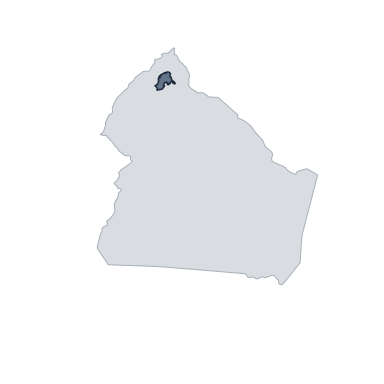 Batna highlighted on a map of Algeria, rotated 323°
{"feature_id": "DZA-2216", "entity_name": "Batna", "entity_type": "Province", "adm_level": 1, "iso_a3": "DZA", "parent_name": "Algeria", "parent_adm1": "", "projection": "equal_earth", "projection_center": [5.884, 35.34], "detail": "fine", "context": "in_parent", "style": "filled", "palette": "slate", "viewbox_px": 384, "rotation_deg": 323, "n_neighbors": 0, "source": "natural_earth", "source_scale": "10m", "svg_char_len": 6101}
<svg xmlns="http://www.w3.org/2000/svg" viewBox="0 0 384 384"><g transform="rotate(323 192 192)"><path d="M264.2,65.9L264.4,66.6L264.4,67.3L263.5,67.9L262.8,68.2L262.1,70.0L260.7,71.1L260.5,71.5L260.5,71.8L261.4,72.3L261.8,72.9L261.9,73.5L261.5,76.0L260.9,80.3L261.0,81.2L261.3,82.3L261.7,83.2L261.8,84.2L261.7,86.6L262.2,88.0L262.6,89.3L261.7,90.9L261.4,92.4L261.2,94.4L261.1,95.7L260.6,96.9L259.9,98.0L259.1,98.7L258.1,99.3L256.9,100.1L256.0,102.3L254.0,104.0L253.6,104.7L253.4,106.1L253.5,108.1L253.9,109.6L254.8,112.0L255.7,114.5L255.9,115.8L256.3,116.3L257.5,117.2L259.5,118.3L259.9,118.8L261.0,120.5L262.0,123.7L262.3,125.8L266.0,129.1L269.5,131.9L269.8,132.4L271.8,142.1L272.5,145.6L275.0,158.1L274.0,158.8L272.9,159.7L273.7,161.4L275.4,164.2L276.4,166.5L276.8,167.4L277.6,170.2L278.3,172.9L278.4,173.8L278.7,175.9L278.5,181.7L279.0,189.0L279.7,192.6L278.8,196.0L278.0,199.1L278.0,200.7L278.5,203.2L279.0,205.0L279.6,206.0L279.5,209.1L279.3,210.2L277.4,211.9L275.4,213.4L274.8,214.6L274.7,216.0L275.0,217.2L281.0,227.7L281.2,228.8L281.4,231.8L282.4,235.6L283.5,237.2L283.9,238.4L284.7,239.3L285.4,239.9L285.9,240.0L288.5,239.0L293.1,240.7L297.4,242.4L297.8,242.8L300.3,248.5L302.6,254.0L254.2,292.5L248.8,298.4L236.3,313.0L235.3,313.6L218.6,317.9L209.9,320.1L209.5,320.2L209.0,320.2L208.7,320.2L207.9,319.8L207.0,319.0L206.4,318.5L206.3,317.8L206.7,316.9L207.1,316.1L207.3,315.4L207.6,314.9L207.9,314.5L208.0,314.0L207.7,313.0L207.4,311.8L207.4,309.4L207.4,308.4L206.6,307.5L205.1,306.5L203.7,306.0L203.1,305.8L201.6,305.4L199.5,304.8L198.7,304.4L197.4,302.2L196.7,301.7L193.5,301.3L192.5,300.9L191.6,300.4L190.9,299.8L190.5,298.6L190.4,297.6L190.1,297.2L186.6,294.8L185.7,294.1L185.3,293.3L185.3,292.2L185.4,290.9L185.2,289.7L185.1,289.1L124.8,235.3L121.6,232.6L114.3,226.4L81.4,199.8L82.3,180.8L82.4,179.8L82.6,179.4L83.7,178.7L85.5,177.1L86.1,176.4L86.9,175.7L89.9,173.6L90.5,173.0L93.3,170.5L94.0,170.1L95.5,169.9L96.1,169.4L97.0,168.4L98.2,167.3L99.0,166.8L99.2,166.7L99.7,166.6L102.2,166.9L103.3,167.2L104.5,167.4L105.0,167.3L105.3,166.9L105.8,166.1L106.0,165.2L106.0,164.4L106.1,164.0L106.3,163.9L106.9,163.9L107.6,164.0L109.1,164.0L109.6,163.9L111.4,163.7L113.8,163.2L117.3,161.9L119.0,160.5L120.2,159.0L121.6,156.8L122.6,154.8L124.7,153.6L126.4,152.8L127.3,152.6L129.5,151.5L133.2,148.5L136.2,148.1L136.5,147.8L137.0,147.3L137.0,146.4L136.6,145.8L136.0,145.4L135.5,145.1L135.1,145.0L134.9,144.6L135.1,143.7L135.2,143.0L135.5,142.3L135.4,141.2L135.0,140.2L134.9,139.4L135.0,138.7L135.2,138.1L135.8,137.7L136.5,137.6L137.5,137.7L139.3,137.5L143.7,135.7L144.1,135.1L144.4,133.9L144.7,132.8L145.2,132.4L145.5,132.3L149.0,131.6L149.8,131.6L156.4,131.9L162.0,132.1L162.6,131.9L162.6,131.1L162.3,129.6L162.5,128.7L163.3,127.8L164.4,126.9L163.9,125.7L163.1,124.9L162.0,124.0L161.5,123.6L160.5,122.5L159.9,121.2L159.5,118.5L158.8,117.0L158.3,115.1L158.9,111.7L158.2,109.7L158.1,108.8L158.2,107.7L158.4,105.9L158.4,103.3L157.6,100.7L158.0,99.8L158.2,99.4L158.2,99.0L157.4,98.1L157.1,97.4L157.3,96.8L157.7,95.9L157.7,95.5L156.4,94.3L154.3,92.5L153.8,91.7L153.5,90.7L155.6,90.9L156.6,90.8L159.1,89.6L161.1,88.0L162.7,87.1L164.1,85.3L165.3,84.2L167.1,83.0L172.2,80.4L173.0,80.4L174.6,81.0L176.0,80.8L177.1,79.9L178.2,77.7L179.8,76.3L181.9,75.0L184.8,73.7L186.7,72.5L189.6,71.5L196.9,70.8L200.7,70.3L203.2,70.4L205.8,68.5L207.1,67.9L212.7,67.8L215.4,66.4L225.3,66.4L226.5,66.9L227.7,67.6L229.8,69.4L230.8,69.8L232.1,69.4L235.2,67.7L238.6,66.8L240.5,65.8L241.3,64.4L242.9,63.9L243.8,65.0L247.4,66.1L249.6,65.8L250.5,65.4L250.2,63.8L252.5,64.2L254.3,65.0L256.2,66.6L257.4,66.9L259.6,66.2L264.2,65.9Z" fill="#d9dde1" stroke="#a8b0b8" stroke-width="1"/><path d="M237.3,80.4L237.4,80.2L237.4,79.9L237.7,79.6L238.1,79.8L238.7,80.0L239.5,79.9L240.8,80.3L241.0,80.3L241.3,80.1L241.6,80.1L241.8,80.4L242.0,80.4L242.1,80.5L242.7,80.5L242.8,80.7L242.9,80.8L242.9,81.0L242.9,81.3L242.9,81.5L243.1,81.5L243.3,81.5L243.9,81.2L244.1,81.2L244.4,81.2L244.6,81.3L245.1,81.7L245.8,82.8L245.9,83.4L246.0,84.0L246.0,84.3L245.8,84.8L245.7,84.9L245.6,85.1L245.4,85.2L244.8,85.4L244.6,85.5L244.4,85.7L244.2,85.9L244.0,86.1L244.0,86.3L244.0,86.8L244.0,87.2L244.0,87.4L244.0,87.5L244.3,87.6L244.4,87.8L244.3,88.0L243.9,88.4L243.8,88.6L243.7,89.5L243.3,90.3L243.3,90.5L243.2,90.6L243.2,91.1L243.2,91.4L243.3,91.6L243.6,92.1L244.0,93.0L244.1,93.4L244.1,93.6L243.9,94.0L243.8,94.3L243.8,94.5L244.0,95.0L243.9,95.2L243.9,95.3L243.7,95.3L243.4,95.2L243.2,95.1L242.8,94.6L242.6,94.5L242.5,94.3L242.4,94.1L242.4,93.8L242.5,93.1L242.5,92.5L242.5,92.3L242.6,92.2L242.7,91.9L242.7,91.6L242.4,91.2L242.2,91.1L241.8,91.3L241.3,91.4L241.0,91.4L240.8,91.4L240.7,91.5L240.4,91.7L240.3,91.8L240.2,92.0L239.9,92.1L239.7,92.2L239.3,92.1L239.2,92.0L239.2,91.8L239.1,91.7L239.0,91.4L238.8,91.3L238.7,91.3L238.4,91.6L238.3,92.1L238.2,92.2L237.9,92.2L237.7,92.1L237.6,91.9L237.3,91.7L237.2,91.5L237.2,91.2L237.4,90.8L237.4,90.6L237.3,90.1L237.4,89.9L237.9,89.5L238.0,89.3L238.0,89.2L237.9,89.0L237.8,88.9L237.6,88.9L236.7,88.6L236.3,88.2L236.2,88.2L235.5,88.4L235.0,88.7L234.1,89.3L233.4,89.5L233.8,90.1L234.0,90.4L234.0,90.5L233.9,90.7L233.8,90.8L233.6,90.9L233.5,91.0L233.4,91.1L233.2,91.2L231.8,91.3L231.6,91.4L231.3,91.5L231.1,91.7L230.8,91.8L230.5,91.8L230.1,91.8L229.6,91.7L229.2,91.4L228.4,91.0L228.1,91.0L227.8,91.0L227.7,90.9L227.5,90.6L227.4,90.5L227.4,90.4L227.1,90.3L226.9,90.1L226.7,90.1L226.4,90.0L225.6,89.9L225.4,89.7L225.5,89.5L225.6,89.3L226.0,88.9L226.3,88.5L226.5,88.2L226.7,87.3L226.7,86.9L226.7,86.4L226.6,85.9L226.4,85.1L226.5,84.9L226.7,85.0L226.8,85.1L227.0,85.3L227.3,85.4L227.6,85.3L227.7,85.1L227.8,85.1L228.2,85.0L228.8,85.0L229.0,85.0L229.3,85.2L229.5,85.1L229.9,84.9L230.1,84.8L230.4,84.6L231.6,83.5L231.9,83.5L232.1,83.4L232.4,83.2L232.5,82.8L232.5,82.4L232.6,82.2L233.2,81.6L233.4,81.5L233.5,81.3L233.5,81.1L233.8,80.9L233.9,81.0L234.1,81.1L234.4,81.2L234.5,81.2L234.6,81.4L235.1,81.6L235.3,81.6L235.4,81.4L235.5,81.1L235.5,80.9L235.3,80.8L235.2,80.7L235.0,80.4L235.1,80.2L235.4,80.0L235.7,79.8L235.9,79.7L236.1,79.7L236.5,79.8L237.2,80.3L237.3,80.4Z" fill="#64748b" stroke="#1e293b" stroke-width="1.5"/></g></svg>